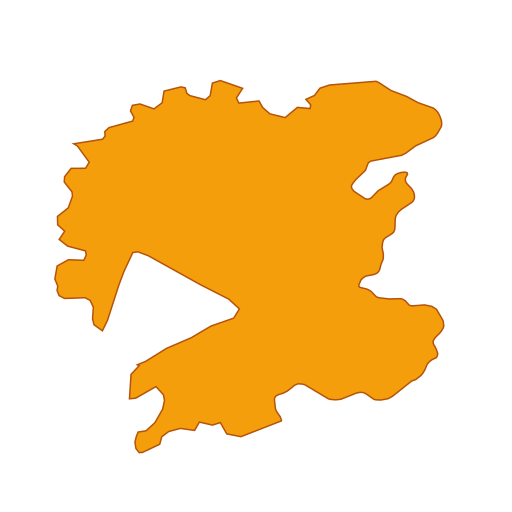 an SVG outline of Shropshire, rotated 172°
{"feature_id": "GBR-2779", "entity_name": "Shropshire", "entity_type": "Unitary Single-Tier County", "adm_level": 1, "iso_a3": "GBR", "parent_name": "United Kingdom", "parent_adm1": "", "projection": "robinson", "projection_center": [-2.808, 52.647], "detail": "fine", "context": "isolated", "style": "filled", "palette": "amber", "viewbox_px": 512, "rotation_deg": 172, "n_neighbors": 0, "source": "natural_earth", "source_scale": "10m", "svg_char_len": 3317}
<svg xmlns="http://www.w3.org/2000/svg" viewBox="0 0 512 512"><g transform="rotate(172 256 256)"><path d="M84.6,177.9L79.8,166.2L79.7,163.6L79.8,160.5L80.6,158.7L83.1,155.6L84.6,154.2L90.1,150.1L92.3,147.4L92.7,145.3L92.3,143.4L91.3,141.2L90.5,138.6L89.6,134.4L90.3,132.0L91.6,130.2L96.0,128.9L98.6,127.5L101.4,125.2L104.7,119.7L106.9,116.9L109.3,114.7L114.5,111.7L116.1,111.1L118.2,110.8L119.8,110.2L140.5,98.0L145.1,96.3L152.4,96.0L157.3,96.9L159.1,97.6L166.0,104.0L167.6,105.2L169.5,106.1L172.4,106.5L176.0,106.2L191.9,102.3L197.2,102.5L202.1,103.6L204.2,104.5L225.8,121.9L228.3,122.8L232.2,123.6L235.4,122.8L243.7,117.9L247.8,116.5L253.3,115.5L255.9,114.5L257.4,112.7L257.8,110.6L258.0,102.2L257.6,100.2L256.9,98.4L254.4,93.5L253.5,89.3L253.3,89.3L296.1,79.2L309.7,83.9L314.5,96.0L322.6,94.6L335.2,99.4L341.1,91.8L354.9,95.8L366.9,94.3L374.5,90.1L377.5,83.0L395.7,77.3L399.0,77.5L401.7,82.1L401.8,88.6L399.4,94.4L397.2,98.1L389.2,98.2L379.3,105.0L369.8,117.3L366.7,125.7L367.0,131.5L373.2,140.6L395.0,131.9L401.2,132.2L396.2,156.2L387.0,163.6L388.7,164.8L380.0,167.0L357.4,177.0L331.5,184.1L310.3,192.9L286.7,197.6L279.8,205.9L289.0,217.1L315.0,235.3L343.2,256.6L362.7,271.3L372.4,276.6L377.5,276.6L382.1,269.5L389.0,258.9L396.0,246.0L412.0,213.0L418.5,203.3L426.0,210.5L426.6,216.6L424.2,227.9L426.4,235.1L431.2,238.5L451.5,240.6L456.5,244.2L457.8,249.6L456.5,253.8L458.4,261.2L454.3,273.8L442.3,278.4L427.1,275.7L423.9,280.7L424.2,284.8L441.2,292.0L448.6,299.8L442.0,307.2L448.1,314.5L447.1,322.8L435.2,329.8L429.4,340.8L429.3,345.1L435.6,356.0L434.5,361.2L426.9,368.5L412.6,366.6L408.1,372.1L417.6,389.9L420.9,392.5L391.7,393.0L388.8,395.7L388.4,400.3L383.7,403.6L359.3,406.8L357.5,410.3L360.1,417.2L357.4,422.4L349.8,422.7L336.5,415.9L327.6,420.8L324.1,432.1L306.8,433.9L302.7,432.4L301.8,426.6L299.1,424.0L289.1,419.8L284.3,417.8L279.1,421.1L275.1,433.3L266.9,434.7L245.9,423.9L253.4,415.2L251.7,409.8L231.4,409.1L228.8,402.2L222.4,394.8L207.9,389.0L194.3,397.4L181.9,394.5L180.8,398.1L184.8,404.2L175.8,406.8L169.3,413.3L159.3,415.1L159.2,415.1L112.8,412.3L109.9,410.4L99.3,401.1L84.6,393.0L74.1,385.2L60.1,378.0L58.7,376.7L57.3,375.1L56.2,373.4L55.1,370.8L54.4,368.6L53.6,364.5L53.6,362.5L53.8,360.4L54.5,358.4L59.3,352.1L62.1,349.6L63.8,348.6L82.7,342.8L93.5,336.9L97.7,335.5L129.2,334.0L131.9,332.5L135.8,325.5L146.4,317.9L149.5,315.0L151.6,312.5L151.9,310.6L151.3,308.6L149.9,306.4L139.7,297.3L137.7,296.8L135.7,296.8L133.7,297.6L125.8,303.7L114.4,308.7L112.7,309.8L111.3,311.1L109.2,314.5L107.9,316.0L106.4,317.2L104.0,318.0L100.9,318.5L96.5,318.3L94.7,317.3L94.6,315.8L96.9,312.8L97.5,311.0L97.5,309.0L96.9,307.3L95.9,305.7L92.7,301.3L91.1,297.7L90.7,295.3L90.8,292.4L91.5,290.2L92.7,288.6L94.3,287.4L105.5,282.0L108.9,279.7L111.5,276.8L112.4,275.1L113.1,272.7L114.3,265.6L115.0,262.7L116.2,260.7L117.7,259.5L125.5,255.9L127.3,254.5L128.7,251.8L130.0,246.9L129.6,240.4L130.1,237.0L130.6,235.0L133.3,230.5L135.3,225.6L136.5,223.8L138.0,222.5L139.7,221.8L142.3,221.2L150.2,220.8L152.7,219.6L155.3,217.8L157.9,213.5L158.4,211.9L157.7,210.6L150.8,207.8L148.8,206.5L146.8,204.7L142.6,198.9L142.0,198.5L139.6,197.4L129.9,194.9L118.5,193.6L116.3,192.5L114.3,190.8L111.5,186.5L110.3,185.5L108.4,184.9L95.8,184.1L88.8,181.6L84.7,178.1L84.6,177.9Z" fill="#f59e0b" stroke="#b45309" stroke-width="1.5"/></g></svg>